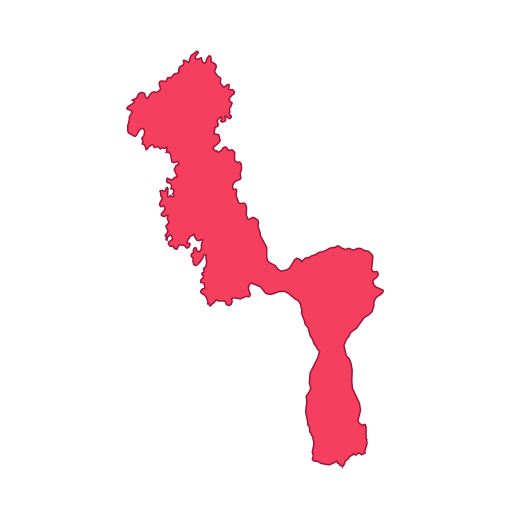 outline of La Llanada, Nariño, Colombia, rotated 22°
{"feature_id": "7082276B57596135767585", "entity_name": "La Llanada", "entity_type": "district", "adm_level": 2, "iso_a3": "COL", "parent_name": "Colombia", "parent_adm1": "Nariño", "projection": "equal_earth", "projection_center": [-77.729, 1.548], "detail": "fine", "context": "isolated", "style": "filled", "palette": "rose", "viewbox_px": 512, "rotation_deg": 22, "n_neighbors": 0, "source": "geoboundaries", "source_scale": "gbopen_adm2", "svg_char_len": 6125}
<svg xmlns="http://www.w3.org/2000/svg" viewBox="0 0 512 512"><g transform="rotate(22 256 256)"><path d="M431.0,397.9L429.9,395.7L429.3,388.7L427.4,384.7L426.1,383.2L422.1,373.2L420.4,371.4L419.4,371.7L418.6,373.0L417.2,373.0L414.5,372.4L412.2,370.8L410.7,359.8L406.9,353.6L395.1,342.7L391.7,336.3L387.9,325.7L384.4,320.1L381.2,316.5L377.0,314.6L371.0,306.0L371.1,299.3L372.1,295.8L372.5,291.1L376.2,285.4L379.3,272.7L382.1,269.0L384.5,264.2L383.9,257.8L382.6,255.1L382.6,251.3L383.2,248.8L386.5,244.2L387.3,241.6L386.6,240.1L378.4,239.8L375.3,237.9L373.5,235.0L376.2,229.7L376.3,227.0L374.5,225.3L373.4,225.2L372.0,226.3L370.1,226.6L368.2,225.3L364.5,212.5L362.7,211.1L358.5,209.5L353.8,210.3L350.3,209.8L347.4,210.8L344.8,213.5L343.3,214.1L338.8,214.2L336.6,216.5L331.2,216.5L329.3,215.7L327.5,216.3L326.5,218.0L321.7,220.9L317.6,225.9L312.7,229.4L311.1,232.1L307.8,234.8L305.5,237.8L302.6,239.4L300.4,244.2L299.7,243.3L297.3,242.7L294.8,242.8L293.2,245.0L292.1,252.4L291.3,255.2L289.9,257.2L285.2,260.6L281.5,260.1L277.4,257.7L271.2,257.1L268.5,256.1L266.7,253.7L262.6,243.9L252.2,235.3L251.1,232.8L246.7,227.8L246.0,224.7L244.2,222.0L239.6,221.1L238.2,221.7L235.8,224.8L234.5,224.8L231.6,221.6L229.1,214.7L227.3,212.2L225.3,211.4L221.7,213.3L219.9,213.1L214.8,207.3L213.2,201.8L212.2,201.6L210.4,202.6L209.1,202.1L207.9,199.4L208.0,196.7L209.2,194.1L212.3,191.2L212.8,189.4L210.5,185.6L209.8,180.1L207.8,176.2L205.6,175.0L203.9,176.1L200.7,175.8L198.6,171.5L197.8,168.4L196.8,167.5L194.0,166.5L190.8,168.5L188.0,166.4L186.5,166.5L185.0,167.9L184.4,171.1L182.2,174.0L181.3,174.0L180.6,173.2L178.4,173.9L176.1,172.4L176.0,170.2L177.0,169.2L179.2,164.6L179.6,162.4L176.1,157.6L171.3,158.3L169.8,152.1L171.8,150.3L172.0,148.4L169.9,146.1L169.5,144.9L169.6,143.5L171.3,140.1L172.3,140.5L172.8,144.3L174.2,144.6L176.3,143.2L177.0,141.8L176.7,140.4L175.0,139.1L174.8,138.1L175.4,137.7L179.8,138.7L180.6,138.0L181.0,136.6L180.6,135.5L177.6,134.5L177.9,132.4L176.1,129.4L176.7,127.1L176.5,123.0L172.5,121.7L172.6,118.4L173.4,116.0L174.8,114.0L174.7,112.0L172.0,110.5L169.3,111.7L168.1,111.6L167.2,107.7L166.7,107.2L165.2,107.8L163.1,111.7L158.9,109.6L157.7,108.3L157.2,105.5L156.3,104.1L153.1,103.6L148.5,100.7L148.3,95.7L147.7,94.2L145.7,93.1L141.6,92.6L139.7,88.5L138.5,87.7L137.3,88.3L136.5,91.9L136.9,95.3L135.6,96.9L133.5,96.0L131.0,92.7L128.0,95.7L125.6,95.4L125.0,93.4L126.0,90.7L126.2,89.0L125.5,88.2L124.4,88.4L120.7,94.6L121.1,101.8L116.8,101.2L115.5,101.8L115.5,102.5L116.8,103.6L117.0,105.3L116.7,106.6L114.7,108.7L114.3,109.9L114.4,112.2L115.3,113.9L115.5,115.4L112.1,117.7L110.4,122.6L107.5,123.5L107.1,127.9L102.5,129.2L101.5,130.5L101.4,131.6L101.9,132.9L104.9,136.8L104.5,138.9L102.5,141.6L99.9,142.0L98.1,143.6L97.5,145.0L96.4,150.6L94.0,149.9L91.9,147.0L88.6,147.1L86.4,149.5L86.3,153.1L85.8,154.7L82.8,157.8L85.2,158.1L85.6,159.4L81.3,165.5L81.0,167.7L81.9,168.1L85.6,167.9L87.4,169.2L86.4,174.2L87.6,177.6L88.3,183.3L90.4,188.3L91.6,189.6L98.3,190.5L99.2,190.2L100.0,188.6L100.6,183.5L102.1,180.8L103.4,180.1L105.1,181.0L106.2,182.5L107.0,186.7L106.0,189.5L108.2,192.2L108.4,194.7L111.2,194.8L114.4,198.6L114.8,198.3L116.1,194.2L118.1,191.6L119.4,191.8L120.8,193.5L124.2,191.3L127.2,192.5L129.0,190.5L131.3,190.5L132.5,188.3L133.4,189.5L134.0,193.7L135.5,192.5L138.5,193.4L142.6,200.1L144.7,200.3L147.8,197.8L148.9,198.0L150.0,200.3L148.1,201.9L147.7,206.4L151.3,210.0L152.5,210.5L153.0,212.3L150.9,213.8L150.4,215.8L149.6,216.8L148.1,217.3L144.8,217.0L144.4,218.3L145.7,220.9L147.1,221.2L148.7,220.5L150.5,221.4L151.7,222.7L151.8,225.5L154.8,225.2L155.5,226.8L155.6,230.0L157.4,230.5L157.6,231.5L156.4,232.8L154.2,231.8L152.8,233.9L151.7,234.1L149.2,226.6L148.0,225.7L147.3,226.9L147.6,230.2L144.2,230.5L142.8,231.2L142.7,232.0L143.8,233.0L145.3,236.0L147.6,237.4L147.0,243.0L147.4,244.8L149.4,246.0L151.6,243.9L154.3,246.6L152.6,251.8L152.7,253.5L153.8,254.0L156.6,253.7L158.0,251.6L159.3,251.2L159.7,254.6L162.8,257.5L161.2,262.0L165.0,265.8L165.0,268.1L164.1,270.9L165.9,272.2L166.5,274.6L167.5,274.7L166.9,271.7L168.6,268.5L169.0,268.4L171.0,269.6L172.1,271.5L171.7,273.0L169.9,275.4L169.9,276.8L170.4,277.7L172.7,279.1L175.4,278.1L177.9,279.7L179.7,279.5L180.1,279.1L180.5,274.4L185.7,273.0L188.8,274.7L190.2,273.3L190.7,271.6L190.4,269.6L189.7,269.1L187.6,270.0L187.0,268.9L186.8,266.7L187.8,262.0L189.7,260.5L190.5,258.9L192.9,262.0L195.5,263.6L197.2,263.3L199.5,261.1L200.4,261.0L201.3,266.5L202.6,269.3L202.1,272.8L200.2,274.0L197.3,270.9L195.9,271.5L195.6,274.3L197.0,275.6L195.4,278.4L195.7,279.7L196.3,280.7L198.6,281.6L199.4,284.4L201.6,287.3L203.6,287.6L205.0,285.9L206.4,282.3L207.4,277.8L207.3,274.7L208.8,273.7L209.6,273.8L210.0,275.9L212.2,279.5L213.3,283.1L213.2,285.2L212.1,287.4L213.8,289.9L213.7,291.1L212.6,291.6L212.5,293.1L213.4,293.8L214.8,293.8L215.1,294.5L215.0,296.3L213.9,298.8L214.3,300.7L214.9,301.3L217.6,300.4L220.5,304.4L220.3,305.6L218.6,306.7L217.9,308.7L218.0,309.9L219.3,311.0L222.5,311.4L225.0,312.6L228.3,316.0L229.1,318.5L230.4,318.0L231.4,319.3L232.6,319.3L233.5,316.4L234.8,314.6L235.1,312.1L235.6,311.6L237.6,311.9L243.4,309.5L244.7,309.9L246.9,312.2L249.0,312.2L250.3,311.4L251.0,310.0L251.0,307.3L249.4,305.0L250.8,303.1L257.9,301.5L261.4,297.5L265.1,296.2L265.1,293.4L262.8,291.4L260.8,288.2L260.6,284.6L261.6,282.9L271.6,282.8L278.7,286.8L280.1,287.0L284.4,286.0L290.4,280.6L295.6,278.0L300.0,278.5L308.9,281.3L311.8,281.4L315.6,284.3L317.2,287.1L318.7,288.5L319.6,291.9L325.7,298.6L327.1,300.9L331.2,303.0L336.2,309.7L339.5,311.9L343.0,315.9L345.9,317.4L347.9,319.4L350.7,320.6L351.4,327.9L350.0,344.0L353.1,353.9L356.3,358.0L356.4,361.2L355.1,367.3L357.6,371.9L360.5,382.0L366.5,391.1L366.8,392.6L369.7,394.8L371.6,398.8L373.4,399.8L374.8,401.5L376.4,402.1L377.7,404.8L379.3,406.6L380.6,410.7L381.6,416.6L383.9,419.6L384.5,423.7L386.7,424.3L390.8,423.2L393.6,424.0L401.5,422.4L403.5,421.0L407.8,416.0L409.4,417.6L410.8,417.5L412.3,418.6L414.4,418.3L415.1,419.2L415.8,416.4L415.6,413.0L417.7,408.9L417.8,407.1L420.1,404.2L420.3,402.8L423.0,403.3L424.9,400.5L426.1,400.0L428.4,400.8L431.0,397.9Z" fill="#f43f5e" stroke="#9f1239" stroke-width="1.5"/></g></svg>